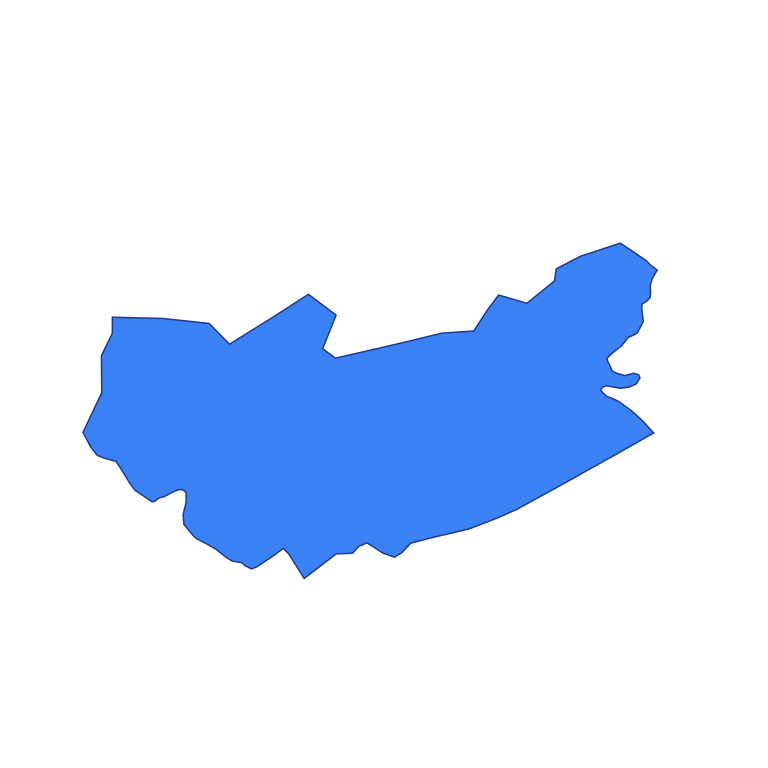 the district of Kubum, Southern Darfur, Sudan, rotated 247°
{"feature_id": "16777658B37095470254890", "entity_name": "Kubum", "entity_type": "district", "adm_level": 2, "iso_a3": "SDN", "parent_name": "Sudan", "parent_adm1": "Southern Darfur", "projection": "robinson", "projection_center": [23.862, 11.742], "detail": "fine", "context": "isolated", "style": "filled", "palette": "blue", "viewbox_px": 768, "rotation_deg": 247, "n_neighbors": 0, "source": "geoboundaries", "source_scale": "gbopen_adm2", "svg_char_len": 2123}
<svg xmlns="http://www.w3.org/2000/svg" viewBox="0 0 768 768"><g transform="rotate(247 384 384)"><path d="M539.5,154.9L536.8,153.7L520.4,134.9L486.4,120.9L457.1,88.0L440.4,89.4L430.3,92.2L424.9,97.7L417.5,107.1L405.9,109.2L392.1,111.2L383.5,113.3L366.2,124.5L365.6,127.5L366.7,130.8L367.0,133.2L366.2,137.5L367.0,146.2L367.0,153.9L365.6,156.9L363.3,158.8L360.7,159.3L352.4,155.6L342.5,148.2L333.0,144.9L318.6,149.3L314.6,151.2L304.7,159.4L297.7,164.7L285.7,171.2L280.3,175.1L275.3,183.0L271.2,185.1L265.6,189.7L265.4,195.6L268.3,210.8L268.8,213.3L271.3,224.3L271.9,227.1L264.9,229.9L238.4,234.2L236.3,234.5L236.2,234.5L246.3,273.6L240.5,288.8L241.5,291.1L244.5,297.6L244.4,299.1L244.4,306.3L241.4,308.4L234.1,313.4L228.3,317.3L225.9,320.1L220.5,326.0L221.2,330.3L221.8,334.6L227.0,346.3L225.5,356.9L224.0,367.3L218.0,402.1L217.3,407.0L216.4,436.1L216.5,445.3L216.6,450.1L216.6,454.4L216.7,456.9L217.0,460.2L219.9,488.6L220.5,494.3L221.0,500.3L222.5,514.0L222.6,515.2L224.1,529.2L224.6,533.1L224.9,535.8L226.6,551.6L227.8,562.6L228.0,564.9L228.2,566.5L228.6,570.7L228.8,572.0L230.2,584.5L230.4,586.1L230.9,590.2L231.1,592.2L231.3,593.7L231.7,596.8L231.7,597.6L231.9,598.8L232.0,599.8L232.0,600.1L232.2,601.6L232.4,603.5L232.5,603.9L232.6,605.0L232.7,605.9L232.8,606.5L232.8,607.0L233.0,608.3L233.2,610.4L233.3,610.7L233.3,610.9L233.3,611.3L233.4,612.2L233.5,612.7L233.5,613.1L249.9,607.3L262.2,601.6L275.7,593.6L280.6,589.4L286.2,583.8L293.3,581.0L295.7,583.8L295.4,588.3L291.4,594.3L287.7,599.9L285.3,608.7L285.6,616.3L289.6,622.0L292.9,622.0L296.3,618.1L297.6,609.0L302.7,602.7L306.7,599.2L312.3,599.2L317.2,598.8L320.5,599.2L323.3,606.2L326.4,617.7L331.3,626.8L331.9,637.0L340.2,647.1L352.2,650.6L356.9,652.7L357.5,658.0L359.6,662.8L364.5,665.3L370.4,667.4L376.5,672.3L382.0,680.0L389.5,675.8L395.1,673.6L421.3,656.6L424.9,614.6L422.7,587.6L412.2,581.1L402.5,547.1L421.1,524.2L411.4,507.6L397.7,487.4L408.2,457.1L415.3,414.2L426.7,349.5L440.4,341.3L466.1,366.8L496.1,349.5L488.8,307.2L481.0,257.3L508.0,246.8L530.7,206.1L551.6,160.1L546.3,157.8L539.5,154.9Z" fill="#3b82f6" stroke="#1e3a8a" stroke-width="1.5"/></g></svg>